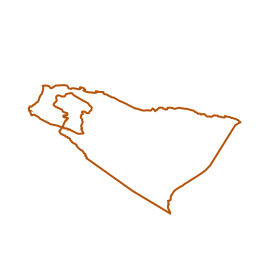 Mondol Seima, Kaôh Kong, Cambodia, rotated 117°
{"feature_id": "14789045B23229264663112", "entity_name": "Mondol Seima", "entity_type": "district", "adm_level": 2, "iso_a3": "KHM", "parent_name": "Cambodia", "parent_adm1": "Kaôh Kong", "projection": "equal_earth", "projection_center": [102.98, 11.754], "detail": "fine", "context": "isolated", "style": "outline", "palette": "amber", "viewbox_px": 256, "rotation_deg": 117, "n_neighbors": 0, "source": "geoboundaries", "source_scale": "gbopen_adm2", "svg_char_len": 5843}
<svg xmlns="http://www.w3.org/2000/svg" viewBox="0 0 256 256"><g transform="rotate(117 128 128)"><path d="M158.3,193.4L157.8,190.8L157.8,189.3L157.4,187.6L157.3,187.0L157.9,186.9L160.7,187.4L161.2,187.3L161.8,187.7L162.2,187.6L162.8,186.9L163.6,185.5L163.7,184.1L163.4,183.6L163.7,182.6L163.4,180.9L163.4,180.5L163.9,179.8L164.0,179.4L163.6,178.5L163.6,177.8L163.7,177.3L164.1,176.7L163.8,175.8L163.8,175.0L164.0,174.6L165.0,173.9L165.3,173.2L165.6,172.0L166.2,170.7L166.2,168.3L166.4,166.3L166.5,166.0L167.4,165.6L167.5,165.4L168.1,163.8L168.3,163.3L168.3,163.0L168.6,162.5L168.7,161.5L169.0,160.1L168.9,159.5L168.9,158.3L169.3,157.9L169.7,156.8L170.3,156.1L170.6,155.3L170.6,154.6L170.7,154.3L171.2,154.0L171.4,153.3L172.3,153.3L172.3,153.1L172.4,152.5L172.7,151.9L172.8,151.5L173.2,151.1L173.5,151.0L173.8,151.1L182.0,95.3L185.0,51.9L183.8,52.4L181.3,55.8L179.6,56.9L179.1,56.9L178.4,57.3L177.6,56.9L176.3,58.3L175.2,58.4L174.6,59.1L173.8,58.1L173.3,57.7L172.8,57.5L172.3,57.5L171.6,57.8L170.1,58.6L168.9,58.9L167.0,58.6L164.0,58.4L162.9,58.1L160.7,57.1L157.3,55.1L154.5,53.1L152.5,52.3L144.5,47.5L141.5,45.7L136.4,42.7L130.4,39.7L124.0,37.8L76.8,33.7L71.9,30.6L71.0,33.6L71.2,36.6L71.5,38.5L72.1,40.5L72.1,40.9L72.0,41.9L72.5,43.4L73.1,45.6L73.2,46.2L73.2,46.8L73.4,47.0L74.7,46.7L74.9,46.9L75.2,47.5L75.8,49.2L76.1,51.2L76.6,52.2L76.7,52.6L76.4,53.3L76.4,53.9L77.1,55.5L77.6,57.0L77.8,57.3L79.1,57.9L80.0,58.6L80.3,59.2L80.7,60.5L81.4,61.9L81.8,62.8L81.8,63.4L81.1,65.4L81.1,66.5L81.7,67.8L82.6,68.6L82.8,69.0L82.5,69.9L82.5,70.3L83.5,72.0L83.5,72.3L83.2,73.2L83.1,73.9L83.2,75.8L83.1,76.1L82.9,76.8L82.8,77.7L83.3,79.4L83.8,82.3L84.3,84.6L85.0,85.9L85.3,86.8L85.5,87.7L85.9,88.6L86.6,91.0L87.3,92.6L88.3,93.4L89.7,95.0L90.0,96.2L90.0,97.3L90.3,98.1L90.6,98.8L90.6,99.3L91.5,101.0L91.8,101.7L92.0,101.9L93.4,101.6L93.7,101.7L94.3,102.5L94.5,103.2L94.4,103.5L94.2,104.1L94.7,105.3L94.7,105.7L94.3,106.4L94.5,107.0L95.4,108.9L95.9,109.4L96.9,109.7L97.4,110.1L98.0,110.1L98.3,110.2L98.8,110.7L99.5,111.2L100.5,111.2L100.6,111.4L100.2,112.1L99.6,113.5L99.4,114.3L99.4,114.8L100.0,115.0L101.7,115.4L102.4,116.0L102.5,116.3L102.9,117.7L103.7,119.3L105.0,121.2L105.6,122.6L106.0,124.3L106.3,126.3L106.6,127.6L106.8,129.2L107.4,130.4L107.4,130.9L107.3,132.8L107.4,136.9L107.3,139.5L107.3,141.7L107.5,144.1L107.4,145.3L107.6,146.2L107.7,148.7L107.5,150.7L107.4,154.7L108.0,156.2L108.0,156.9L107.8,157.8L108.0,158.1L108.1,159.3L107.9,160.5L107.9,162.0L108.5,164.7L108.4,165.2L108.2,165.5L107.2,166.2L108.0,168.0L109.3,171.1L109.7,173.2L110.0,173.2L110.3,173.0L110.4,172.3L110.5,172.1L111.3,172.8L112.2,174.5L112.2,174.8L112.6,175.5L112.6,175.9L113.5,177.8L113.8,178.6L114.2,179.6L114.5,181.3L114.7,181.7L114.8,182.4L114.8,183.1L114.6,184.4L114.1,184.0L113.8,183.6L113.6,183.5L113.3,183.7L113.2,184.2L112.8,184.7L112.7,185.5L112.7,186.3L113.0,187.7L113.2,188.0L113.1,188.3L113.2,188.7L113.5,189.1L114.0,189.1L114.3,188.2L115.0,188.3L115.4,188.7L116.0,190.0L116.7,192.7L117.5,194.9L118.3,196.2L118.9,196.7L119.1,196.7L119.6,198.9L118.1,201.1L117.9,201.7L118.2,202.8L118.6,203.8L120.0,206.6L120.7,207.7L121.0,208.3L121.6,209.2L123.0,211.6L123.6,212.1L124.9,212.7L125.9,213.5L126.5,213.5L127.6,214.8L127.3,215.6L126.7,216.9L126.7,217.4L126.8,218.6L127.5,220.6L128.0,221.3L128.3,222.2L128.5,222.4L128.5,222.1L129.1,222.7L129.3,222.7L129.7,222.2L130.4,222.0L132.0,221.2L134.5,220.6L134.9,220.7L136.8,220.3L138.0,220.7L141.2,220.8L141.6,220.5L142.8,220.3L145.1,220.1L145.3,220.2L145.8,220.3L147.0,221.2L149.2,221.8L149.8,222.2L150.1,222.6L150.7,222.9L152.4,223.4L152.8,223.7L153.2,225.1L154.6,225.4L155.2,225.1L155.5,225.3L156.0,225.2L156.7,224.4L157.0,223.4L157.0,223.2L157.3,223.7L157.5,223.7L157.5,223.2L157.3,223.1L157.4,222.9L157.6,223.0L159.0,221.4L160.0,220.6L160.3,220.0L160.4,219.5L159.2,218.3L159.0,218.0L158.8,217.3L158.6,217.0L158.6,216.6L159.0,215.0L158.9,214.8L158.8,214.2L158.9,212.5L159.7,210.3L159.7,203.1L159.6,201.2L159.8,198.8L158.3,193.4ZM153.6,166.0L155.5,169.3L155.8,170.0L155.9,170.8L156.0,178.1L155.7,178.6L155.7,179.0L155.8,179.2L156.0,179.6L156.1,179.8L156.2,180.0L155.9,179.9L155.9,180.2L156.1,180.4L156.2,182.5L156.8,183.4L156.9,184.2L157.2,184.4L157.3,184.7L156.4,186.1L156.2,186.7L156.1,186.8L155.7,186.8L150.6,187.2L150.0,187.0L149.9,186.8L149.7,186.5L149.5,186.4L149.2,186.3L148.7,186.7L148.2,186.8L148.0,186.6L147.6,186.6L147.5,186.4L147.7,186.2L147.3,186.1L146.8,185.9L146.7,186.0L147.0,186.3L147.1,186.5L147.0,186.9L146.6,187.1L146.7,188.8L146.9,189.0L147.5,189.3L147.5,189.8L147.3,190.7L146.9,191.1L146.7,191.2L146.4,191.1L146.1,190.8L145.2,189.7L144.3,188.5L144.0,188.2L143.5,188.1L142.9,188.3L142.4,189.0L142.9,191.2L142.9,193.2L142.7,193.7L141.7,195.0L141.6,195.6L141.6,196.3L141.8,199.7L141.9,201.7L141.8,202.9L141.6,203.9L141.4,204.4L140.9,205.0L139.9,205.1L136.4,203.9L135.9,203.9L133.5,205.9L133.2,206.0L132.3,206.1L131.5,205.8L130.5,205.0L130.3,204.3L130.1,203.1L129.9,201.0L129.7,200.5L129.2,199.9L128.6,198.8L128.4,198.7L127.5,198.7L125.7,198.4L125.6,198.1L123.6,195.8L123.1,195.0L122.7,194.5L122.5,193.8L122.6,193.3L122.8,193.1L123.0,192.4L123.4,191.1L123.5,190.4L124.0,181.1L124.1,174.9L124.2,174.5L124.6,173.9L125.1,173.1L125.5,171.8L125.8,170.1L126.2,169.6L126.9,169.3L128.8,168.9L129.3,169.0L130.4,169.7L131.0,169.6L132.2,169.7L132.6,169.9L133.1,170.3L133.4,171.5L133.2,173.2L133.2,174.1L133.3,174.8L133.7,175.7L134.3,176.2L134.9,176.1L135.6,175.0L136.0,174.7L136.3,174.6L136.7,175.0L137.5,175.5L138.4,175.4L140.0,174.9L140.3,174.5L141.1,172.9L141.5,172.5L142.3,172.1L143.1,171.1L143.7,171.0L144.0,171.0L145.1,170.7L146.4,170.9L146.7,170.9L147.1,170.6L148.0,170.4L148.3,169.7L148.7,169.2L149.1,169.2L149.4,168.8L149.7,168.9L150.1,169.2L150.3,169.1L150.7,168.6L150.8,167.9L151.6,167.3L152.1,166.4L152.2,166.1L152.8,165.4L153.0,165.4L153.6,166.0Z" fill="none" stroke="#b45309" stroke-width="2"/></g></svg>